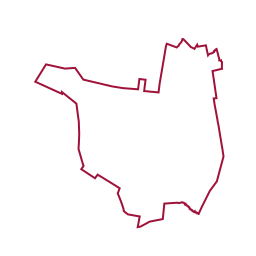 Lusaka, Lusaka, Zambia, rotated 189°
{"feature_id": "96606910B10621059217070", "entity_name": "Lusaka", "entity_type": "district", "adm_level": 2, "iso_a3": "ZMB", "parent_name": "Zambia", "parent_adm1": "Lusaka", "projection": "robinson", "projection_center": [28.258, -15.427], "detail": "fine", "context": "isolated", "style": "outline", "palette": "rose", "viewbox_px": 256, "rotation_deg": 189, "n_neighbors": 0, "source": "geoboundaries", "source_scale": "gbopen_adm2", "svg_char_len": 3336}
<svg xmlns="http://www.w3.org/2000/svg" viewBox="0 0 256 256"><g transform="rotate(189 128 128)"><path d="M44.8,54.1L44.1,56.8L42.4,62.8L42.2,63.3L37.3,78.8L31.9,89.2L31.5,93.0L29.2,114.8L29.8,116.7L31.7,122.8L33.3,127.4L34.1,129.8L34.2,130.2L35.7,134.6L39.1,144.9L40.6,148.9L41.0,150.2L41.0,150.3L44.8,161.0L45.7,163.5L48.0,170.6L45.3,171.3L45.8,173.1L47.2,177.5L50.7,188.9L53.0,196.1L53.4,197.5L44.4,201.2L44.8,202.3L44.8,203.1L45.0,204.3L45.2,205.7L45.3,206.4L45.3,207.0L45.5,207.6L45.7,208.1L46.6,208.5L46.7,209.4L48.4,209.1L48.4,209.4L48.5,209.9L48.9,210.9L50.5,214.6L51.7,217.3L52.9,219.9L53.2,219.7L53.4,219.5L53.6,219.3L53.8,219.1L53.9,218.9L54.1,218.7L54.1,218.2L54.4,218.1L54.7,217.9L54.9,217.8L55.1,217.5L55.0,217.2L54.8,216.8L54.9,216.5L55.3,216.4L55.7,216.0L56.1,215.4L56.4,215.3L56.7,215.1L57.1,214.9L57.4,214.6L58.1,214.4L58.5,214.3L58.7,214.2L58.9,213.9L59.4,213.6L59.7,213.3L60.0,212.9L60.3,212.3L62.0,216.5L64.0,221.8L71.7,219.3L72.7,221.1L74.7,216.6L76.9,217.3L78.8,217.9L78.8,218.0L87.2,224.4L88.1,224.4L88.4,222.4L89.2,220.4L90.3,219.0L90.5,218.6L90.8,217.3L90.9,217.0L91.2,216.7L91.6,216.4L92.0,216.0L92.5,215.2L102.3,217.2L102.9,217.3L103.3,214.4L103.4,202.5L103.7,176.9L103.4,167.9L105.4,167.8L107.5,167.7L111.4,167.4L115.5,167.2L117.8,167.0L118.0,171.5L118.2,178.4L121.3,178.3L124.4,178.2L124.2,171.0L124.1,167.8L139.1,166.6L150.4,166.6L179.7,168.8L183.3,172.5L189.7,179.1L190.4,178.9L199.6,176.8L218.9,178.0L225.4,162.6L226.8,159.2L198.6,151.4L198.9,153.2L182.8,144.0L181.2,138.7L178.9,130.9L178.1,128.3L177.7,127.1L175.3,114.8L174.4,107.7L174.0,103.7L173.6,99.6L169.1,90.0L168.5,88.6L167.8,87.2L167.3,86.2L166.4,84.4L166.3,84.2L166.0,83.9L166.4,82.6L166.8,81.9L167.7,80.0L152.7,73.2L150.7,77.2L149.9,76.8L147.5,75.9L126.8,67.2L127.9,61.8L125.1,57.2L123.6,54.6L122.0,51.7L119.8,47.4L119.1,45.3L119.1,45.2L114.6,42.7L112.3,42.6L104.3,42.5L102.6,42.5L102.9,31.6L100.2,32.6L96.8,35.2L94.0,37.3L92.5,38.6L91.2,39.2L90.4,39.5L79.4,43.5L79.5,45.5L80.2,57.6L80.3,59.0L79.5,59.2L67.3,62.0L66.4,61.7L65.0,62.1L64.1,62.7L63.9,62.8L63.7,62.9L63.5,63.0L63.4,63.0L62.9,63.0L62.8,62.9L62.7,62.9L62.4,62.8L62.3,63.0L62.2,63.0L62.0,62.9L61.9,62.9L61.7,63.0L61.4,63.0L61.3,62.9L61.2,62.8L60.9,62.7L60.7,62.6L60.5,62.4L60.4,62.4L60.3,62.2L60.1,62.2L60.0,62.3L59.8,62.3L59.8,62.0L59.7,62.0L59.4,62.1L59.4,61.8L59.3,61.7L59.2,61.5L59.3,61.3L59.2,61.3L58.9,61.2L58.7,61.3L58.6,61.2L58.4,60.9L58.1,60.9L57.9,60.8L57.7,60.8L57.7,60.7L57.5,60.4L57.4,60.4L57.3,60.5L57.0,60.5L56.9,60.4L56.8,60.2L56.5,60.1L56.4,60.1L56.2,59.9L56.1,59.7L55.9,59.6L55.8,59.4L55.7,59.4L55.5,59.5L55.4,59.5L55.3,59.4L55.2,59.4L55.2,59.2L54.9,58.9L54.9,58.7L54.7,58.5L54.7,58.4L54.5,58.2L54.4,58.0L54.4,57.9L54.1,57.9L53.9,57.9L53.9,57.7L53.8,57.4L53.7,57.3L53.6,57.2L53.0,57.2L52.9,57.2L52.6,57.1L52.4,57.1L52.2,56.9L51.9,56.9L51.7,56.8L51.7,56.7L51.8,56.5L51.7,56.4L51.4,56.4L51.3,56.2L51.2,55.9L50.9,55.9L50.7,56.0L50.4,56.0L50.4,55.9L50.2,55.7L49.9,55.5L49.7,55.4L49.5,55.2L49.4,55.2L49.2,55.3L49.1,55.5L49.0,55.8L48.9,56.0L48.8,55.8L48.7,55.7L48.5,55.4L48.4,55.3L48.4,55.2L48.1,55.2L48.1,55.3L48.0,55.2L47.9,55.3L47.7,55.3L47.5,55.5L47.4,55.5L47.3,55.4L47.3,55.1L47.2,55.1L46.9,55.2L46.7,55.1L46.4,55.0L46.2,55.0L46.1,54.9L46.1,54.5L45.3,54.5L45.2,54.5L45.2,54.4L45.1,54.2L44.9,54.1L44.8,54.1Z" fill="none" stroke="#9f1239" stroke-width="2"/></g></svg>